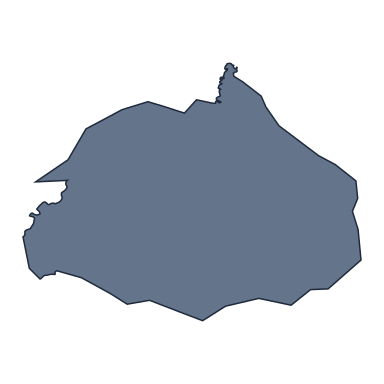 Orxontuul, Selenge, Mongolia (Robinson projection)
{"feature_id": "93677404B15519148095195", "entity_name": "Orxontuul", "entity_type": "district", "adm_level": 2, "iso_a3": "MNG", "parent_name": "Mongolia", "parent_adm1": "Selenge", "projection": "robinson", "projection_center": [104.906, 48.824], "detail": "fine", "context": "isolated", "style": "filled", "palette": "slate", "viewbox_px": 384, "rotation_deg": 0, "n_neighbors": 0, "source": "geoboundaries", "source_scale": "gbopen_adm2", "svg_char_len": 4097}
<svg xmlns="http://www.w3.org/2000/svg" viewBox="0 0 384 384"><path d="M35.6,181.9L67.2,180.4L66.6,180.8L66.2,181.7L65.9,182.5L65.9,183.1L65.8,183.6L65.9,184.3L66.3,185.3L66.9,186.1L67.0,186.8L67.0,187.2L66.6,188.0L66.4,188.8L65.8,189.3L65.4,189.9L64.3,190.8L62.2,192.3L61.6,192.7L61.4,193.6L61.4,195.1L62.1,197.3L62.1,198.1L61.9,199.0L61.1,200.2L59.8,201.7L58.3,202.5L55.3,203.7L54.7,203.7L54.1,203.3L53.5,203.1L53.1,203.1L52.2,203.3L51.2,203.4L50.5,203.7L49.2,204.5L48.6,204.6L47.9,204.5L47.0,203.4L45.2,202.0L44.5,202.0L43.1,202.5L42.7,202.7L41.9,203.4L41.0,204.4L39.4,205.8L38.3,207.2L36.9,208.8L36.8,209.2L37.3,209.8L38.7,210.9L39.3,211.9L40.1,213.3L39.9,214.0L38.6,214.6L37.0,215.0L35.9,214.9L34.1,214.3L32.6,213.2L32.1,213.1L31.7,213.2L31.3,213.4L30.1,214.5L29.6,215.5L29.7,215.9L30.1,216.1L31.2,216.4L32.7,216.7L33.6,217.3L34.3,217.9L34.6,218.3L34.3,219.3L33.6,223.2L33.0,224.4L31.0,227.4L30.6,228.3L30.1,228.8L28.1,229.4L25.9,230.3L24.9,231.4L24.9,234.8L24.0,236.1L23.0,236.9L29.3,268.3L40.0,279.0L40.3,278.9L40.7,278.8L41.0,278.6L41.5,278.0L42.1,277.3L42.6,277.0L43.0,276.6L43.3,276.2L43.6,275.9L44.1,275.7L44.7,275.4L45.5,275.3L46.1,275.2L46.8,275.2L47.3,275.1L47.9,275.0L48.3,274.9L48.5,274.8L49.5,274.6L50.6,274.3L51.5,274.3L52.3,274.2L53.2,274.3L53.7,274.4L54.1,274.5L54.4,274.5L54.7,274.5L54.9,274.4L55.1,274.2L55.2,273.9L55.2,273.6L55.1,273.2L54.9,272.9L54.9,272.6L55.0,272.3L55.2,272.0L55.5,271.7L55.9,271.4L56.4,271.0L56.6,270.8L57.0,270.8L81.4,277.7L110.2,293.5L127.2,304.2L149.5,300.3L179.8,312.0L202.6,320.7L225.5,306.2L258.9,298.4L291.1,305.2L310.6,289.6L328.1,288.9L360.8,260.2L361.0,260.1L358.1,229.6L352.4,211.3L357.7,198.4L355.9,180.9L335.3,164.6L318.5,155.6L279.0,125.8L265.8,106.8L261.2,96.1L242.8,81.9L233.8,76.2L233.4,73.3L233.8,73.2L234.0,72.8L234.3,72.5L234.7,72.2L235.2,72.1L235.8,72.0L236.3,71.9L236.7,71.7L237.0,71.4L237.1,70.8L237.0,70.3L236.8,69.8L236.7,69.3L236.7,68.9L236.8,68.6L236.9,68.1L237.1,67.5L237.0,67.4L236.9,67.3L236.7,67.3L236.3,67.8L236.2,68.2L236.0,68.5L235.8,68.7L235.5,68.8L235.2,68.9L234.6,68.7L234.2,68.1L233.4,67.0L233.2,66.5L233.2,66.3L233.3,66.0L233.5,65.7L233.7,65.4L232.9,65.1L232.7,65.2L232.5,65.3L232.3,65.2L232.1,65.1L231.9,64.8L231.7,64.2L231.1,63.7L230.6,63.5L229.9,63.4L229.6,63.3L229.3,63.3L228.9,63.4L228.4,63.5L227.7,63.6L227.3,63.7L227.1,63.8L226.9,64.0L226.9,64.5L226.9,64.8L226.5,65.1L226.1,65.3L225.8,65.6L225.5,66.0L225.3,66.6L225.1,67.1L224.9,67.9L224.8,68.5L224.9,68.8L225.0,69.0L225.5,69.3L226.0,69.4L226.4,69.1L226.7,68.8L226.9,68.7L227.2,68.7L227.2,68.8L227.3,69.0L227.3,69.5L227.2,70.0L227.0,70.4L226.5,70.9L225.7,71.1L225.4,71.4L225.2,71.8L224.9,72.3L224.6,72.7L224.3,73.0L224.3,73.5L224.2,74.3L223.9,75.0L223.6,75.6L223.4,76.1L223.4,76.6L223.5,76.8L223.7,77.1L224.0,77.4L224.0,77.8L224.0,78.2L223.7,78.5L223.4,78.6L223.1,78.6L222.9,78.5L222.6,78.2L222.3,77.6L222.0,77.3L221.5,77.2L221.0,77.3L220.7,77.5L220.3,78.0L220.1,78.4L220.1,78.8L220.1,79.1L220.3,79.3L220.6,79.5L221.0,79.5L221.3,79.5L221.7,79.4L221.9,79.5L222.0,79.8L221.8,80.2L221.6,80.5L221.0,80.8L220.5,81.1L220.0,81.5L219.8,81.7L219.7,82.0L219.8,82.5L220.0,82.9L220.5,83.3L221.0,83.4L221.6,83.5L221.9,83.7L221.9,83.9L221.8,84.0L221.3,84.1L220.7,84.2L220.1,84.5L219.6,84.8L219.2,85.1L218.9,86.0L218.6,87.0L218.3,87.5L218.2,87.8L218.4,88.2L218.8,88.5L219.5,88.7L220.0,88.9L220.3,89.1L220.6,89.3L220.4,89.5L219.9,89.8L219.4,90.1L219.3,90.5L219.3,90.8L219.4,91.1L219.4,91.5L219.3,91.8L219.2,92.1L219.3,92.3L219.5,92.4L219.6,92.6L219.6,93.2L219.7,94.1L219.9,94.6L220.1,95.2L220.3,95.5L220.3,95.8L220.2,96.0L219.9,96.2L219.1,96.5L217.5,97.2L216.8,97.7L216.4,98.2L216.3,98.7L216.4,99.2L216.6,99.5L216.8,99.9L217.3,100.3L218.0,100.5L218.5,100.8L219.3,101.2L219.9,101.5L220.5,101.8L220.9,102.1L220.7,102.4L220.2,102.6L219.7,102.7L219.2,102.7L218.7,102.5L218.3,102.2L218.0,101.8L217.5,101.5L216.9,101.3L216.1,101.2L215.7,101.6L215.6,102.0L215.7,102.7L215.7,103.0L215.4,103.2L214.7,103.3L213.9,103.3L212.7,103.2L196.5,99.8L184.4,113.1L162.4,106.0L147.9,101.7L122.0,109.7L86.0,128.9L68.0,159.8L35.6,181.9Z" fill="#64748b" stroke="#1e293b" stroke-width="1.5"/></svg>